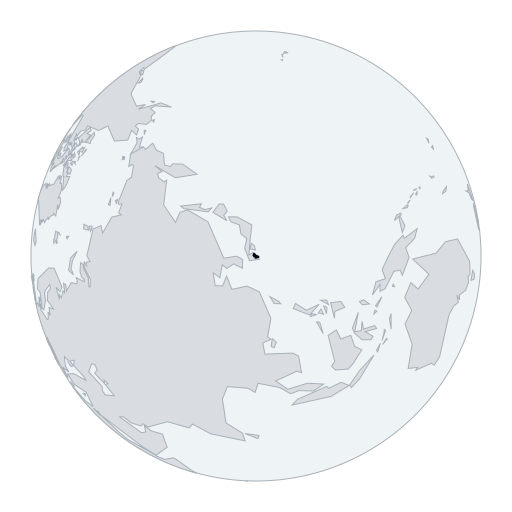 Miyazaki on an orthographic globe, rotated 287°
{"feature_id": "JPN-1831", "entity_name": "Miyazaki", "entity_type": "Prefecture", "adm_level": 1, "iso_a3": "JPN", "parent_name": "Japan", "parent_adm1": "", "projection": "orthographic", "projection_center": [131.344, 32.095], "detail": "fine", "context": "on_globe", "style": "filled", "palette": "ink", "viewbox_px": 512, "rotation_deg": 287, "n_neighbors": 0, "source": "natural_earth", "source_scale": "10m", "svg_char_len": 12181}
<svg xmlns="http://www.w3.org/2000/svg" viewBox="0 0 512 512"><g transform="rotate(287 256 256)"><circle cx="256" cy="256" r="225" fill="#eef3f6" stroke="#a8b0b8"/><path d="M418.5,384.8L418.4,385.9L418.1,386.2L418.5,384.8ZM433.6,117.3L431.9,115.4L432.3,117.1L422.5,110.0L401.8,94.5L403.4,93.6L398.2,90.6L395.9,91.7L395.6,93.3L374.6,88.9L364.4,97.8L368.5,106.0L361.9,100.5L374.6,120.4L373.7,131.5L370.2,115.9L366.4,112.0L363.6,117.6L359.0,115.0L355.1,116.3L349.9,112.9L348.3,104.7L344.9,102.5L343.1,106.7L336.8,106.3L339.9,100.4L329.3,99.4L324.5,86.9L337.1,76.3L330.0,68.8L331.2,57.0L326.7,56.1L324.2,52.0L318.1,49.7L320.1,48.7L313.5,47.8L312.8,49.2L309.7,49.4L306.1,48.4L307.9,46.7L310.0,47.0L308.7,46.0L311.2,45.8L307.9,45.3L310.6,43.9L302.5,43.9L300.1,41.5L303.4,41.0L310.1,42.9L334.3,48.5L339.6,49.6L340.5,48.7L327.3,42.4L330.3,43.3L330.2,43.3L345.2,49.1L359.8,56.0L373.8,64.0L387.2,72.9L400.0,82.7L412.0,93.5L423.2,105.0L433.6,117.3ZM323.8,41.2L323.4,41.1L314.1,38.4L314.1,39.0L310.3,38.2L307.5,38.6L300.3,36.7L294.9,34.9L296.9,34.7L294.6,34.2L286.6,33.2L284.9,32.6L304.5,36.0L323.8,41.2ZM459.8,227.3L457.9,223.1L460.0,223.7L459.8,227.3ZM456.1,222.0L456.9,223.1L456.1,222.5L456.1,222.0ZM455.0,222.5L455.8,222.2L455.1,223.0L455.0,222.5ZM453.9,223.8L454.4,222.9L454.4,223.2L453.9,223.8ZM451.4,224.3L450.7,224.3L451.1,223.0L451.4,224.3ZM396.2,94.6L396.3,92.1L400.1,92.3L400.5,94.6L396.2,94.6ZM388.3,95.2L387.1,92.9L393.0,95.7L391.8,96.1L388.3,95.2ZM372.5,112.9L373.4,109.8L374.0,113.8L372.5,112.9ZM355.5,117.2L356.6,119.0L354.1,119.0L355.5,117.2ZM311.6,39.7L309.6,39.1L311.1,39.3L311.6,39.7ZM312.2,40.5L315.5,41.1L316.3,41.6L314.2,41.2L312.2,40.5ZM343.9,113.9L339.4,113.6L343.6,112.4L343.9,113.9ZM308.0,39.7L317.3,42.5L318.6,43.4L312.0,42.8L308.0,39.7ZM336.6,112.6L325.9,112.7L327.5,116.5L316.7,106.3L329.4,109.2L334.4,107.0L333.7,110.2L336.6,112.6ZM314.2,50.1L314.7,48.6L317.7,50.9L314.2,50.1ZM316.9,51.6L330.5,59.6L327.9,61.8L323.9,58.5L323.3,62.5L315.3,59.5L313.9,56.7L317.1,55.7L311.6,55.4L316.9,51.6ZM312.5,100.9L309.6,99.9L312.3,99.4L312.5,100.9ZM308.7,49.7L311.7,50.9L309.7,52.8L303.3,50.7L306.0,50.7L308.7,49.7ZM327.0,65.1L324.4,66.4L317.2,64.3L315.2,64.6L314.9,59.7L327.0,65.1ZM304.6,49.8L300.2,49.6L297.8,47.9L305.7,48.6L304.6,49.8ZM311.8,54.3L310.6,55.1L309.2,53.9L311.8,54.3ZM286.8,42.3L290.4,43.4L289.7,44.4L286.8,42.3ZM298.7,49.7L299.5,50.3L299.6,51.0L296.3,50.6L298.7,49.7ZM309.9,58.7L307.5,57.7L309.7,60.5L304.4,59.4L305.1,56.4L302.6,57.2L301.0,56.9L303.4,54.9L309.9,58.7ZM293.3,52.2L292.4,48.5L285.8,46.1L286.3,45.1L296.8,49.2L293.3,52.2ZM299.0,53.9L295.6,52.5L297.9,51.7L301.7,52.2L299.0,53.9ZM300.5,59.8L308.4,62.3L308.0,62.9L300.5,59.8ZM290.9,51.6L291.2,52.5L290.2,51.5L290.9,51.6ZM297.1,57.3L299.9,58.1L299.3,58.7L297.1,57.3ZM289.3,53.9L289.0,52.6L291.6,52.8L289.3,53.9ZM292.5,55.6L291.0,56.3L292.7,53.6L293.8,55.8L292.5,55.6ZM296.1,57.8L296.6,58.5L294.9,57.4L296.1,57.8ZM279.7,54.2L281.2,50.8L286.9,51.0L284.6,54.3L279.7,54.2ZM76.2,120.3L77.9,118.4L67.2,136.0L64.5,144.3L76.0,133.4L80.4,119.3L88.1,110.5L90.2,116.1L87.4,129.8L90.3,126.9L97.9,113.6L103.2,112.7L101.2,108.9L97.6,113.4L96.3,111.4L99.5,107.3L101.3,106.9L103.8,102.2L94.8,106.0L90.2,111.1L93.2,103.4L85.7,111.2L84.4,111.6L96.5,98.6L99.9,95.8L117.4,79.8L114.1,81.8L97.4,97.4L100.0,94.5L95.4,98.3L100.9,93.1L120.1,76.6L124.7,73.0L137.9,64.1L151.8,56.3L147.1,58.8L150.1,57.3L145.4,60.2L147.4,60.5L144.0,63.5L153.2,60.5L152.6,61.9L147.3,63.1L141.8,66.0L134.2,75.0L135.2,75.8L141.8,73.4L138.9,76.6L146.3,73.1L146.0,78.0L152.5,69.5L160.4,67.4L164.8,69.0L168.6,67.1L161.4,64.5L157.5,65.0L152.2,67.7L142.6,68.9L143.4,66.6L157.9,60.3L160.6,56.7L170.7,54.2L184.0,61.3L185.3,66.5L169.6,79.5L164.5,79.1L167.6,74.1L157.0,80.7L161.6,79.2L159.1,82.1L166.1,81.6L164.7,83.8L173.7,80.0L172.8,82.5L167.1,84.9L176.6,87.2L177.0,92.8L179.8,92.4L182.7,90.4L181.2,99.3L183.4,98.7L184.7,95.4L189.8,92.2L198.3,90.2L197.3,93.3L194.1,94.5L185.9,102.1L177.6,105.2L178.1,106.4L185.1,104.5L195.1,95.1L200.4,93.1L196.4,97.6L198.3,95.7L200.7,95.8L202.1,98.9L206.8,94.2L234.2,92.3L239.7,98.9L233.0,102.6L251.1,106.7L255.9,115.2L257.1,112.0L266.6,112.6L265.2,109.9L266.5,108.5L290.3,110.4L295.1,113.9L306.7,112.4L307.3,110.9L304.4,108.2L316.7,106.3L327.5,116.5L325.6,119.2L333.7,124.3L328.0,130.0L327.1,137.6L316.3,141.8L316.5,147.9L319.7,149.3L322.4,159.1L316.9,175.7L307.3,156.0L312.8,132.8L309.3,141.4L306.0,137.8L302.2,140.1L300.1,146.7L302.4,148.4L277.8,152.8L264.6,169.2L275.6,170.5L280.0,177.3L274.6,200.1L244.5,225.8L250.1,237.5L248.8,244.2L240.3,246.6L241.9,236.9L235.5,231.8L237.8,226.3L224.7,227.8L227.3,220.0L215.8,225.6L217.5,232.8L228.1,233.8L217.0,242.7L224.6,256.2L222.7,269.7L200.7,288.5L182.3,290.7L180.6,294.5L174.8,287.9L164.8,293.2L173.9,319.6L172.8,326.0L157.7,333.7L157.8,328.9L142.3,311.3L137.8,325.4L149.4,342.4L153.3,358.2L143.7,350.4L139.8,336.2L134.4,329.6L137.1,317.0L134.9,295.2L125.2,295.0L127.2,287.1L122.7,266.8L109.4,265.7L87.6,276.1L82.6,295.0L76.0,299.6L72.7,264.7L76.7,244.4L72.1,242.4L71.6,219.8L61.0,202.9L62.5,196.8L59.8,195.7L60.0,185.5L63.5,175.9L62.2,172.6L53.6,198.1L55.4,202.0L61.1,198.9L58.1,206.8L58.3,218.6L47.2,227.0L36.3,218.6L40.4,203.5L58.6,153.9L60.9,150.8L61.2,150.4L61.7,149.5L58.1,153.7L63.0,144.9L47.8,175.8L43.0,187.4L36.1,219.1L35.5,220.0L34.8,228.1L38.9,236.1L37.8,240.6L32.7,255.3L30.8,262.9L30.9,245.9L32.3,229.0L35.0,212.3L38.9,195.8L44.0,179.7L50.4,163.9L57.9,148.7L66.5,134.2L76.2,120.3ZM79.1,152.6L80.9,161.4L89.1,149.3L90.5,151.9L92.8,147.0L89.7,148.4L96.7,136.1L100.7,137.5L105.1,133.4L104.8,130.3L96.3,129.9L86.2,147.0L82.0,148.6L79.1,152.6ZM171.4,47.8L166.9,49.7L164.5,50.5L169.0,48.2L172.5,47.0L171.4,47.8ZM161.2,52.5L174.4,47.7L172.2,49.5L171.2,49.2L168.4,50.8L166.0,50.9L151.0,57.9L147.9,59.1L157.8,53.3L156.3,54.2L160.7,52.1L161.2,52.5ZM212.0,37.8L217.7,37.1L205.5,41.5L201.6,41.6L205.7,38.9L212.8,37.3L212.0,37.8ZM294.6,38.7L297.6,39.2L297.1,39.5L294.1,39.3L294.6,38.7ZM288.6,42.7L281.2,37.2L284.2,37.4L276.2,34.7L281.1,34.2L286.1,35.8L283.8,33.8L290.3,35.1L287.9,33.9L298.5,37.5L304.2,39.1L296.0,37.4L291.4,37.7L291.1,38.3L294.6,41.4L304.6,45.5L301.6,46.9L296.8,46.9L294.0,46.1L296.8,45.3L290.9,44.9L292.9,43.2L288.6,42.7ZM242.7,53.3L247.2,51.4L235.7,52.8L237.6,50.0L236.2,50.4L234.7,48.4L230.5,46.8L232.4,45.7L229.9,45.5L228.9,44.4L226.2,44.0L228.6,42.1L225.4,41.5L228.3,40.9L222.2,40.6L227.8,40.0L227.1,38.9L222.1,40.0L241.6,33.3L245.5,31.8L245.7,31.1L255.2,31.0L261.2,31.9L264.1,33.9L259.0,35.7L264.2,35.6L263.4,36.6L259.6,36.2L264.9,37.5L263.1,38.3L265.7,41.7L274.4,43.7L275.6,45.2L271.3,44.9L275.5,46.8L268.2,47.3L268.8,48.6L262.3,50.7L253.6,49.9L255.0,51.4L250.2,53.4L242.7,53.3ZM277.6,54.7L266.9,53.6L262.6,51.8L275.8,48.9L276.2,47.7L284.4,46.4L290.5,49.3L287.5,49.3L286.1,50.1L284.8,48.8L284.8,50.4L280.7,50.6L279.6,52.0L276.4,51.2L277.6,54.7ZM100.7,92.8L98.8,94.7L96.7,96.9L93.8,99.7L100.7,92.8ZM113.4,81.6L112.5,82.4L109.7,84.7L113.4,81.6ZM116.2,79.5L112.8,82.1L115.8,79.7L116.2,79.5ZM146.8,64.1L146.1,65.2L144.3,66.1L142.7,66.3L146.8,64.1ZM209.1,59.0L212.4,57.7L213.2,58.1L221.3,57.2L220.5,59.5L215.4,60.9L209.1,59.0ZM74.3,133.3L72.5,133.4L74.0,130.8L74.3,131.2L74.3,133.3ZM81.7,115.2L77.9,120.8L80.9,115.9L81.7,115.2ZM209.7,61.3L213.1,60.6L210.6,62.2L209.7,61.3ZM220.4,61.2L218.2,63.0L221.4,59.7L220.4,61.2ZM37.8,312.1L37.7,311.8L38.4,314.3L37.8,312.1ZM208.4,403.0L215.3,404.9L215.1,405.7L208.4,403.0ZM201.1,398.8L208.9,400.5L199.9,400.4L201.1,398.8ZM211.9,401.2L219.9,400.9L223.3,400.1L222.7,401.7L211.9,401.2ZM195.9,397.8L168.5,390.9L158.0,385.6L160.3,383.3L177.3,388.8L195.9,397.8ZM159.4,382.9L143.7,368.9L124.0,334.1L131.0,337.5L152.0,361.8L150.6,364.1L160.1,374.3L159.4,382.9ZM198.5,376.7L197.1,384.6L181.8,380.4L174.9,377.3L170.2,365.3L172.8,360.5L178.3,362.1L201.1,348.2L208.8,354.5L201.5,361.2L207.8,369.9L198.5,376.7ZM83.0,297.3L85.3,311.4L81.9,311.1L83.0,297.3ZM211.3,336.3L201.4,343.0L210.7,333.2L211.3,336.3ZM217.3,326.3L217.5,330.8L214.1,325.8L217.3,326.3ZM179.5,300.7L173.6,300.1L173.9,296.9L181.7,295.7L179.5,300.7ZM221.2,281.1L219.3,290.7L217.6,293.7L215.8,287.3L221.2,281.1ZM208.2,83.5L197.8,81.8L189.8,82.9L184.6,86.9L187.5,81.0L199.8,79.2L208.2,83.5ZM231.1,90.6L235.6,87.7L236.7,89.9L235.8,90.9L231.1,90.6ZM231.7,88.3L231.6,83.2L236.1,82.2L235.3,86.4L231.7,88.3ZM220.2,71.1L217.2,70.3L219.2,68.9L220.2,71.1ZM367.1,449.6L370.4,448.5L364.1,452.6L355.2,457.5L346.1,461.4L367.1,449.6ZM297.4,471.4L295.6,468.7L305.6,467.5L302.8,470.3L297.4,471.4ZM373.4,445.5L378.9,441.0L379.5,437.7L380.6,440.0L386.7,437.1L372.6,447.3L373.4,445.5ZM255.9,457.8L213.5,461.0L203.6,458.3L204.9,455.3L193.5,442.2L196.6,443.1L193.0,434.4L217.4,431.1L234.5,418.4L249.5,420.9L259.9,410.3L275.8,411.9L271.8,420.7L289.1,426.7L298.9,406.7L311.3,427.3L325.1,433.1L331.2,443.7L313.2,462.0L301.2,466.0L298.1,465.0L293.3,466.8L284.7,466.6L278.2,461.9L273.6,463.5L277.3,459.5L271.0,463.0L265.7,459.6L255.9,457.8ZM370.2,416.2L373.0,416.0L378.0,417.9L373.5,418.6L370.2,416.2ZM411.5,391.9L413.1,392.7L410.1,394.4L411.5,391.9ZM418.1,386.2L414.5,388.5L418.5,384.8L418.1,386.2ZM383.0,401.5L384.5,402.4L383.4,403.1L383.0,401.5ZM381.8,401.4L383.2,399.0L383.2,401.1L381.8,401.4ZM367.8,393.3L369.3,391.8L370.1,392.6L367.8,393.3ZM225.6,406.6L235.0,401.9L240.4,402.0L225.6,406.6ZM365.3,391.4L361.3,391.9L361.6,390.6L365.3,391.4ZM365.4,388.6L364.9,387.0L367.6,390.4L365.4,388.6ZM357.5,386.1L362.6,388.3L357.0,386.5L357.5,386.1ZM354.6,386.9L351.1,386.1L351.3,385.5L354.6,386.9ZM316.3,392.8L329.4,402.1L319.2,402.5L307.7,396.7L299.5,402.8L280.3,401.6L284.5,398.1L281.7,392.3L262.4,389.0L258.5,384.9L265.2,382.9L252.8,378.8L266.4,378.2L272.1,386.4L279.9,380.6L293.7,382.5L307.5,385.1L318.9,390.5L316.3,392.8ZM266.8,395.3L269.2,395.4L267.2,397.6L266.8,395.3ZM344.3,382.7L349.4,385.8L348.9,386.8L346.4,386.5L344.3,382.7ZM321.4,389.0L333.6,381.9L336.5,381.8L328.5,389.6L321.4,389.0ZM330.4,378.0L336.2,378.4L339.4,381.8L338.2,382.9L330.4,378.0ZM239.0,385.6L238.5,387.7L235.0,385.6L239.0,385.6ZM243.4,384.8L254.0,388.3L242.5,386.6L243.4,384.8ZM212.4,372.6L215.3,378.4L224.6,376.6L217.5,380.2L224.1,389.7L222.0,392.5L215.5,382.4L213.5,391.4L209.5,390.5L207.0,382.0L211.0,372.8L215.1,369.3L232.1,370.3L212.4,372.6ZM243.3,378.5L240.5,372.0L242.6,368.2L245.6,371.8L243.3,378.5ZM232.8,355.9L226.0,347.5L219.4,349.3L233.1,341.0L237.3,350.5L232.8,355.9ZM227.6,338.8L221.4,340.3L228.1,335.3L227.6,338.8ZM220.0,337.6L219.8,332.2L224.4,333.7L220.0,337.6ZM230.7,339.5L232.6,330.8L234.6,336.4L230.7,339.5ZM218.8,320.1L228.2,330.5L215.3,324.5L216.6,307.0L222.2,307.6L218.8,320.1ZM261.5,253.6L261.1,248.2L266.7,247.8L265.4,251.5L261.5,253.6ZM284.5,242.9L268.1,246.0L254.8,249.0L258.2,251.8L253.8,260.2L249.6,251.2L260.1,242.9L269.9,242.2L272.8,235.1L280.9,231.0L281.4,221.8L285.4,218.3L287.9,226.6L284.5,242.9ZM281.2,217.9L285.1,202.1L294.9,205.5L296.2,209.7L290.4,215.4L285.5,213.2L281.2,217.9ZM288.9,199.5L284.3,197.4L280.2,173.3L281.7,169.3L290.0,188.5L286.1,187.7L285.4,193.3L288.9,199.5ZM309.7,101.7L309.6,100.1L311.5,101.7L309.7,101.7ZM265.6,107.0L267.6,105.4L269.8,107.1L265.6,107.0ZM274.6,101.9L270.7,101.1L275.2,100.6L274.6,101.9ZM261.9,99.8L269.3,100.2L261.6,101.7L261.9,99.8Z" fill="#d9dde1" stroke="#a8b0b8" stroke-width="1"/><path d="M257.7,253.5L257.5,253.8L257.4,253.8L257.3,254.0L257.2,254.1L257.1,254.3L257.3,254.4L257.2,254.5L257.1,254.8L256.9,254.9L256.9,255.0L256.8,255.4L256.7,255.5L256.6,256.0L256.5,256.3L256.4,256.7L256.3,256.9L256.3,257.0L256.5,257.2L256.5,257.3L256.4,257.3L256.4,257.7L256.4,257.9L256.3,258.0L256.2,258.0L256.1,258.3L256.1,258.5L256.0,258.8L255.9,258.8L255.7,258.8L255.7,258.7L255.4,258.5L255.4,258.4L255.5,258.3L255.5,258.2L255.4,257.9L255.2,257.9L254.9,257.6L254.8,257.4L254.7,257.3L254.5,257.2L254.4,257.1L254.5,256.9L254.4,256.8L254.3,256.7L254.2,256.6L253.9,256.2L254.0,256.0L254.3,256.0L254.5,255.9L254.8,255.8L254.8,255.7L255.0,255.8L255.1,255.7L255.0,255.4L255.1,255.2L255.1,254.9L254.9,254.8L254.9,254.7L254.9,254.3L255.0,254.2L255.2,253.9L255.3,253.8L255.4,253.7L255.5,253.6L255.6,253.4L255.7,253.2L255.8,253.2L256.0,253.2L256.3,253.2L256.5,253.2L256.5,253.3L256.6,253.5L256.7,253.4L256.8,253.4L257.1,253.4L257.2,253.2L257.3,253.2L257.5,253.2L257.6,253.4L257.6,253.5L257.7,253.5Z" fill="#0f172a" stroke="#020617" stroke-width="1.5"/></g></svg>